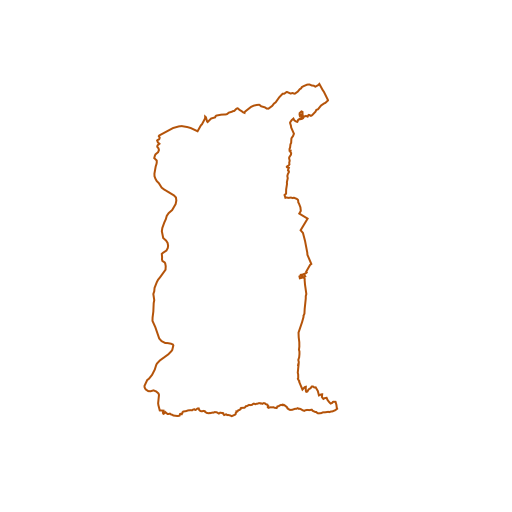 Parscov, Buzau, Romania, rotated 116°
{"feature_id": "2599482B35327371423245", "entity_name": "Parscov", "entity_type": "district", "adm_level": 2, "iso_a3": "ROU", "parent_name": "Romania", "parent_adm1": "Buzau", "projection": "robinson", "projection_center": [26.534, 45.302], "detail": "fine", "context": "isolated", "style": "outline", "palette": "amber", "viewbox_px": 512, "rotation_deg": 116, "n_neighbors": 0, "source": "geoboundaries", "source_scale": "gbopen_adm2", "svg_char_len": 6137}
<svg xmlns="http://www.w3.org/2000/svg" viewBox="0 0 512 512"><g transform="rotate(116 256 256)"><path d="M437.0,274.8L435.6,271.5L437.8,270.9L438.4,270.0L437.5,269.3L436.0,269.3L436.8,266.2L436.4,265.4L435.4,264.3L435.7,262.8L435.4,261.5L435.6,260.4L434.3,256.6L433.6,255.4L432.9,254.7L431.3,255.0L430.9,254.6L430.8,253.4L429.6,253.3L428.9,253.6L427.7,253.2L426.1,250.9L424.5,249.3L423.3,247.3L422.7,245.8L422.0,245.5L420.8,244.3L421.0,243.2L420.8,242.8L418.7,241.7L418.1,240.7L419.3,239.5L419.7,238.0L419.3,236.5L418.3,235.4L417.9,234.0L418.4,233.4L418.6,231.4L418.0,229.4L417.4,228.8L417.3,228.3L415.7,226.3L415.4,225.5L414.4,224.7L413.7,222.8L413.9,220.3L412.5,219.5L412.0,217.6L411.6,217.0L411.7,216.5L412.2,216.3L412.9,214.9L411.4,213.5L411.6,212.1L411.1,211.5L410.6,209.1L410.6,207.6L407.7,205.2L406.9,205.0L405.9,205.4L405.0,205.1L404.2,205.5L403.7,204.5L402.4,204.3L401.7,203.4L400.4,202.7L399.6,203.0L399.1,202.8L397.4,199.8L396.4,199.4L395.5,199.3L394.8,198.3L392.9,197.0L392.6,195.9L391.6,194.4L390.3,193.8L389.6,193.2L389.5,191.6L388.5,190.7L388.1,189.9L387.1,189.0L386.5,187.9L386.6,187.2L386.2,186.8L386.1,185.5L385.0,184.8L384.5,183.5L384.9,182.4L384.6,180.6L385.2,180.1L385.4,179.3L386.5,179.3L386.8,179.1L387.0,178.2L385.8,177.0L384.8,174.8L384.3,174.1L384.3,172.9L383.6,170.8L381.8,170.8L381.1,169.8L380.1,169.3L378.8,168.2L378.4,166.7L377.8,166.6L377.9,166.1L377.6,165.5L377.9,165.1L377.7,164.0L378.1,163.1L378.2,162.1L379.1,161.0L379.0,160.7L379.4,160.0L379.3,159.5L379.5,158.7L379.4,157.9L378.4,156.1L376.2,153.9L375.7,152.8L374.5,151.8L374.6,150.4L374.1,149.8L374.0,148.6L374.2,146.4L374.0,144.7L373.2,144.2L372.0,142.7L371.0,140.2L369.8,138.7L369.7,138.4L370.3,137.3L370.2,134.2L369.8,133.5L370.3,131.8L370.0,130.8L368.7,128.6L367.1,127.2L366.1,125.2L364.4,122.8L364.2,121.7L362.9,120.4L362.2,119.2L359.9,117.2L357.7,116.1L356.8,117.0L354.4,118.6L352.2,120.6L353.0,122.4L353.4,122.9L354.6,123.1L355.9,124.2L355.3,126.0L354.1,128.5L352.5,130.4L353.9,132.2L354.9,132.7L354.8,133.2L353.8,135.0L351.3,135.9L351.8,136.7L353.7,138.3L350.2,141.3L347.9,144.8L348.4,145.4L348.6,146.1L348.3,147.4L348.6,147.9L348.6,148.4L348.9,148.7L350.9,149.0L352.4,150.0L353.4,150.3L355.2,150.4L355.9,150.9L356.0,151.4L355.4,152.0L353.4,153.2L351.7,153.9L352.1,154.4L353.0,154.9L355.7,155.7L350.1,162.1L349.5,162.2L348.4,164.1L347.9,164.6L347.3,164.5L345.7,165.3L344.1,166.1L342.6,167.3L335.6,169.9L335.7,170.3L334.7,170.6L334.5,170.3L332.5,171.1L330.9,172.4L328.1,172.8L325.0,174.0L322.8,175.1L321.4,176.3L318.5,177.3L314.5,179.3L310.3,182.0L306.2,184.2L295.2,185.6L289.8,186.6L289.0,187.1L286.6,187.2L282.1,189.1L272.5,192.6L270.2,193.7L268.1,194.1L260.1,199.5L256.2,201.8L255.3,202.1L254.3,203.9L256.8,206.8L255.3,208.0L254.0,207.1L253.3,207.5L252.3,206.0L252.7,205.8L254.1,205.8L255.0,205.1L253.8,203.6L252.8,202.8L252.0,203.9L251.5,205.3L249.7,203.7L248.6,203.2L248.1,204.0L240.3,203.5L238.9,202.8L232.4,210.3L230.5,211.4L221.0,218.5L214.7,223.9L213.3,227.2L199.8,226.0L198.9,235.7L195.8,235.5L192.8,237.4L190.0,240.4L189.3,241.5L188.0,242.2L187.1,243.0L186.8,244.4L187.0,247.5L187.8,248.3L188.2,250.3L189.5,252.2L190.1,254.4L190.8,255.1L188.7,257.1L186.8,256.3L182.9,258.1L177.7,259.7L176.1,260.6L172.1,261.6L170.4,262.9L168.3,263.3L166.3,263.2L165.4,263.6L165.2,264.6L164.9,264.9L162.4,265.1L162.6,266.3L162.6,267.1L162.4,267.4L161.7,267.3L160.3,266.3L159.0,266.1L157.7,267.0L155.6,267.5L153.6,269.1L152.7,269.4L149.6,269.0L148.1,269.5L147.4,270.7L146.4,271.0L146.8,271.5L146.8,271.9L145.1,272.8L143.6,272.9L140.5,274.0L138.9,274.0L135.1,275.6L134.0,275.7L132.1,275.3L129.5,275.5L125.1,280.7L123.6,281.7L121.6,283.6L121.0,283.9L118.3,283.5L116.1,282.6L117.2,281.2L117.5,279.6L117.4,277.7L117.1,277.6L115.1,277.8L114.4,277.1L113.6,277.1L113.4,276.8L113.6,276.1L113.2,275.6L111.7,276.0L109.4,277.4L110.7,278.1L109.7,278.9L108.4,279.4L106.1,278.5L106.1,277.4L111.8,274.3L111.5,274.1L109.4,274.0L109.0,273.2L108.2,272.5L108.1,270.7L106.7,270.7L106.1,270.5L105.8,269.5L106.1,268.8L106.0,268.1L104.9,267.3L100.2,265.8L98.2,265.8L97.0,264.6L92.2,263.5L88.9,261.6L88.0,260.8L84.6,259.5L84.2,259.8L78.7,266.9L77.5,269.0L73.6,274.5L75.0,274.9L77.8,276.9L77.6,278.7L78.3,280.6L78.4,283.1L79.5,285.1L82.5,287.7L84.2,288.9L85.5,288.9L86.9,289.8L89.9,290.5L93.0,292.2L93.3,292.7L93.5,294.6L94.8,296.1L95.0,300.1L95.2,300.4L97.7,301.7L98.5,303.2L103.2,304.7L109.3,305.7L111.2,306.7L113.9,307.2L118.1,309.4L118.8,311.0L118.5,313.2L119.2,317.1L118.7,318.8L118.7,319.5L119.9,321.5L121.8,323.9L124.1,325.8L130.5,328.9L131.8,329.3L132.4,329.1L132.5,330.7L132.1,332.4L131.9,334.9L131.3,336.9L131.4,337.5L132.6,338.3L135.1,339.1L136.2,340.5L136.8,340.8L139.1,343.3L141.1,344.2L142.0,345.2L144.2,349.2L147.2,353.2L148.1,353.6L149.3,353.5L152.1,356.6L156.8,358.2L156.5,359.0L153.3,361.8L153.0,362.8L154.5,362.1L155.1,362.1L161.4,362.3L162.6,362.8L169.5,363.2L169.6,370.8L170.2,374.2L171.8,379.7L173.3,382.1L177.3,386.6L189.1,395.1L190.1,395.8L190.9,395.9L191.8,394.5L193.0,394.2L193.7,394.3L194.9,395.3L195.5,395.5L196.9,394.0L197.5,392.0L199.4,392.9L200.6,392.9L201.2,392.5L202.0,390.8L203.3,389.7L205.6,389.5L208.7,390.9L209.9,390.9L212.6,390.4L213.7,387.1L215.2,386.3L216.8,385.8L219.5,385.4L226.5,383.4L228.8,382.2L230.6,380.3L232.2,378.0L233.1,375.3L235.9,370.8L236.5,367.8L237.5,356.3L238.5,353.6L241.1,351.9L244.6,351.0L251.5,351.5L255.7,353.3L259.0,353.8L262.4,353.2L266.1,353.1L271.8,352.5L275.0,351.5L280.5,347.3L281.6,343.5L283.0,341.2L285.3,339.5L287.5,338.8L290.4,338.9L293.9,341.0L295.4,341.6L298.2,339.9L300.3,339.0L301.5,337.9L301.8,335.3L302.4,334.4L304.7,332.7L308.0,331.3L317.2,332.9L320.2,333.6L322.8,333.7L329.1,333.2L332.3,332.0L335.2,331.6L340.3,328.1L343.2,327.3L351.0,323.9L356.6,322.0L359.7,320.6L364.1,315.3L372.6,306.8L373.9,303.6L374.0,299.5L373.0,297.2L372.1,294.0L372.0,291.9L372.6,291.1L377.1,290.1L378.5,290.3L382.8,291.7L392.0,296.6L396.2,297.9L397.8,297.9L402.5,297.2L408.4,297.3L413.2,298.4L415.2,299.4L421.5,299.3L422.6,298.8L423.7,297.6L424.3,296.4L424.7,293.6L423.8,291.5L421.7,289.2L421.5,286.3L422.3,283.4L423.4,282.3L431.3,279.4L432.9,278.3L437.0,274.8Z" fill="none" stroke="#b45309" stroke-width="2"/></g></svg>